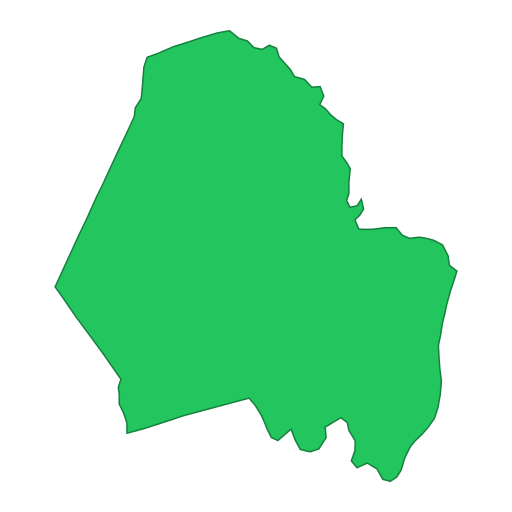 the district of Jaboatão dos Guararapes, Pernambuco, Brazil
{"feature_id": "56859067B18632556721053", "entity_name": "Jaboatão dos Guararapes", "entity_type": "district", "adm_level": 2, "iso_a3": "BRA", "parent_name": "Brazil", "parent_adm1": "Pernambuco", "projection": "robinson", "projection_center": [-34.985, -8.149], "detail": "fine", "context": "isolated", "style": "filled", "palette": "green", "viewbox_px": 512, "rotation_deg": 0, "n_neighbors": 0, "source": "geoboundaries", "source_scale": "gbopen_adm2", "svg_char_len": 1646}
<svg xmlns="http://www.w3.org/2000/svg" viewBox="0 0 512 512"><path d="M414.8,441.2L422.1,434.2L427.8,427.7L434.5,418.3L438.1,406.9L440.2,394.9L441.4,381.1L439.8,368.1L439.1,358.7L438.4,345.5L440.7,334.4L442.5,322.7L444.7,314.0L446.8,304.1L450.5,290.8L454.5,278.9L456.9,271.1L449.4,265.3L448.1,255.9L442.5,244.9L433.8,240.3L425.3,238.1L419.0,237.2L409.7,238.4L402.4,235.3L396.1,227.7L385.0,227.7L373.3,229.2L367.0,229.4L358.9,229.2L354.9,219.8L359.8,215.2L363.6,209.1L361.3,199.2L357.2,205.7L350.0,207.3L346.6,200.5L348.9,193.6L348.9,182.2L350.2,168.6L346.6,162.4L341.9,156.0L341.9,145.4L342.5,133.5L343.4,123.8L336.2,119.5L330.6,114.7L325.1,108.5L319.7,104.7L323.8,96.1L320.1,86.6L311.8,87.2L304.5,79.4L294.5,76.6L290.1,69.2L284.5,63.0L279.1,56.9L276.4,48.2L269.3,45.2L262.3,49.4L254.0,47.7L247.3,40.9L238.9,38.4L229.5,30.7L217.5,32.9L206.8,36.0L198.2,38.7L190.2,41.4L173.4,46.7L157.7,53.5L147.1,57.3L143.9,67.1L142.6,83.8L141.3,98.3L135.3,107.8L134.3,116.5L126.6,133.2L117.2,153.0L102.3,185.3L96.5,197.0L86.8,218.6L82.9,226.7L79.5,233.8L75.6,242.2L55.1,286.9L60.9,294.9L75.8,316.6L91.0,337.1L103.2,353.8L120.9,379.2L118.3,387.5L119.3,394.9L119.2,403.9L123.6,413.1L126.9,422.9L127.0,433.2L144.1,428.6L173.1,419.2L182.4,416.0L249.0,398.1L255.3,405.4L261.3,415.3L264.4,422.1L267.3,429.4L271.4,437.6L277.9,440.5L291.1,429.1L295.0,439.6L300.3,449.5L310.1,451.8L318.8,449.0L326.1,437.6L325.2,427.1L340.8,417.7L347.2,422.4L348.9,430.4L355.2,440.8L354.9,450.7L351.3,460.9L357.0,467.7L367.3,463.1L377.0,468.9L382.9,479.4L390.3,481.3L396.7,477.1L401.0,470.3L404.8,457.9L410.4,446.5L414.8,441.2Z" fill="#22c55e" stroke="#15803d" stroke-width="1.5"/></svg>